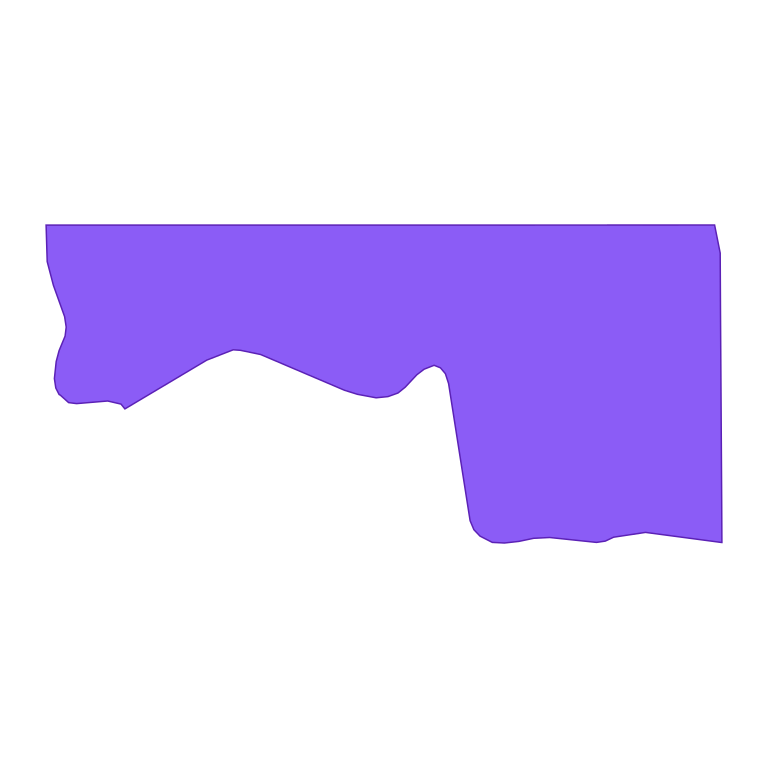 the Province of Kié-Ntem
{"feature_id": "GNQ-1469", "entity_name": "Kié-Ntem", "entity_type": "Province", "adm_level": 1, "iso_a3": "GNQ", "parent_name": "Equatorial Guinea", "parent_adm1": "", "projection": "orthographic", "projection_center": [10.81, 1.949], "detail": "fine", "context": "isolated", "style": "filled", "palette": "violet", "viewbox_px": 768, "rotation_deg": 0, "n_neighbors": 0, "source": "natural_earth", "source_scale": "10m", "svg_char_len": 776}
<svg xmlns="http://www.w3.org/2000/svg" viewBox="0 0 768 768"><path d="M46.1,225.1L57.1,225.1L276.2,225.1L495.4,225.1L714.6,225.0L720.2,253.1L720.5,311.9L721.7,504.1L721.9,542.5L721.7,542.5L645.5,532.4L613.6,537.2L605.3,541.1L596.5,542.4L549.7,537.5L533.6,538.3L518.9,541.4L504.5,543.0L492.3,542.4L480.0,536.1L473.9,529.7L470.1,520.7L448.6,383.6L445.4,373.7L440.4,367.8L434.1,365.3L424.1,369.2L416.8,374.8L405.2,387.2L398.0,393.0L388.0,396.6L376.1,397.8L357.4,394.3L344.6,390.3L260.6,354.5L240.4,350.3L233.2,349.8L206.8,360.1L124.9,408.9L121.0,404.1L107.7,401.0L76.6,403.6L68.6,402.6L60.4,395.2L59.1,394.5L55.8,388.0L54.4,378.6L56.2,361.5L59.1,350.6L65.1,336.1L66.2,327.1L64.6,316.6L53.4,285.3L47.2,261.6L46.1,225.1Z" fill="#8b5cf6" stroke="#5b21b6" stroke-width="1.5"/></svg>